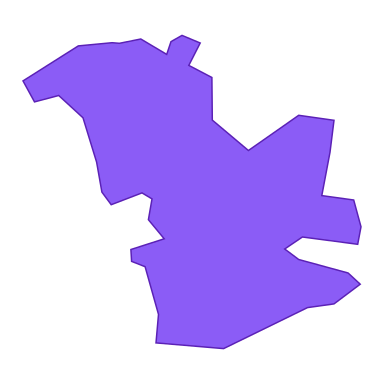 outline of Shakhrixan, Andijon, Uzbekistan
{"feature_id": "79887680B98657239808063", "entity_name": "Shakhrixan", "entity_type": "district", "adm_level": 2, "iso_a3": "UZB", "parent_name": "Uzbekistan", "parent_adm1": "Andijon", "projection": "natural_earth1", "projection_center": [72.04, 40.728], "detail": "fine", "context": "isolated", "style": "filled", "palette": "violet", "viewbox_px": 384, "rotation_deg": 0, "n_neighbors": 0, "source": "geoboundaries", "source_scale": "gbopen_adm2", "svg_char_len": 642}
<svg xmlns="http://www.w3.org/2000/svg" viewBox="0 0 384 384"><path d="M223.6,348.6L307.5,307.6L334.0,303.9L360.2,284.2L348.1,273.0L298.7,259.5L284.7,249.0L302.4,237.0L357.7,244.3L361.0,226.8L353.7,200.0L321.8,195.6L330.0,152.3L334.0,120.3L298.7,115.3L248.4,150.5L212.3,120.1L211.9,77.5L188.8,65.4L200.2,43.0L182.0,35.4L171.0,41.6L166.7,54.4L140.8,39.0L119.4,43.3L112.1,42.7L78.3,45.9L23.0,80.9L34.5,101.9L58.7,95.5L83.0,117.8L96.6,162.1L101.9,192.1L111.2,204.7L142.0,192.9L152.0,198.9L148.4,219.7L164.2,238.8L130.9,249.5L131.6,261.4L145.1,266.7L158.5,314.4L156.0,342.9L223.6,348.6Z" fill="#8b5cf6" stroke="#5b21b6" stroke-width="1.5"/></svg>